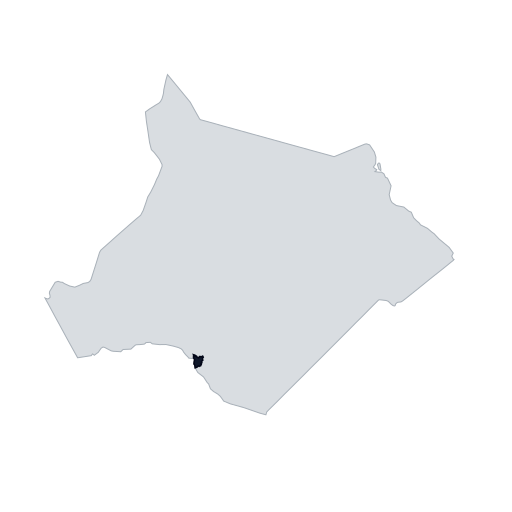 Endebess, Rift Valley, Kenya shown in context, rotated 286°
{"feature_id": "3690345B22392033475621", "entity_name": "Endebess", "entity_type": "district", "adm_level": 2, "iso_a3": "KEN", "parent_name": "Kenya", "parent_adm1": "Rift Valley", "projection": "albers", "projection_center": [34.736, 1.146], "detail": "fine", "context": "in_parent", "style": "filled", "palette": "ink", "viewbox_px": 512, "rotation_deg": 286, "n_neighbors": 0, "source": "geoboundaries", "source_scale": "gbopen_adm2", "svg_char_len": 4869}
<svg xmlns="http://www.w3.org/2000/svg" viewBox="0 0 512 512"><g transform="rotate(286 256 256)"><path d="M106.1,309.3L106.0,302.9L106.9,286.6L106.8,272.2L107.6,265.0L111.2,260.5L112.8,257.2L114.0,252.6L115.8,248.8L120.0,245.7L120.8,244.1L125.3,238.9L127.9,232.3L129.9,230.1L132.5,228.0L134.2,227.0L137.2,225.9L139.4,225.2L139.9,224.7L140.1,223.7L139.3,219.6L140.3,218.2L141.8,215.5L143.6,213.0L145.2,211.4L146.1,209.7L146.6,206.8L146.6,204.8L146.6,201.5L146.1,193.9L144.2,187.6L143.0,180.5L143.9,178.2L142.4,174.0L141.7,173.8L140.5,172.9L138.9,169.0L137.7,165.4L137.0,164.5L132.0,161.4L129.5,154.0L126.7,152.4L125.1,145.1L124.9,143.0L126.4,135.7L126.3,134.0L124.6,132.5L119.9,130.9L116.0,127.9L116.5,126.9L116.8,125.8L114.8,125.1L109.0,112.6L116.5,105.1L124.1,97.5L133.9,87.9L142.8,79.1L150.6,71.5L157.5,64.7L157.3,66.0L157.3,67.7L158.2,68.7L159.6,69.5L161.6,68.7L163.3,67.6L165.0,67.4L175.4,70.2L177.1,72.7L177.0,75.4L177.4,77.3L176.7,79.2L175.8,85.1L176.1,90.4L179.2,94.4L182.0,97.5L184.2,101.9L185.8,103.2L188.0,103.9L195.2,104.1L205.7,104.4L215.9,104.6L216.8,104.7L219.0,105.3L228.3,111.2L236.9,116.6L244.2,121.3L251.2,125.8L258.1,130.3L263.4,133.9L268.6,135.0L277.1,135.5L283.0,135.7L288.5,137.2L296.5,138.7L302.6,139.4L306.2,140.2L316.3,141.0L318.0,140.5L322.5,136.4L327.4,129.7L329.4,126.1L335.8,122.4L347.1,117.3L355.1,113.6L364.0,110.0L368.0,113.1L373.6,118.1L376.1,120.5L378.1,121.6L381.1,122.3L384.8,122.3L386.8,122.2L390.9,121.5L400.5,120.9L406.0,120.9L401.5,127.5L396.0,135.5L385.8,150.3L378.1,158.0L372.3,163.9L371.7,164.9L371.8,171.4L371.9,187.3L372.2,219.0L372.5,250.8L372.8,282.5L373.0,298.4L373.0,303.7L378.2,310.3L383.3,316.8L390.1,325.4L393.7,330.0L394.3,331.5L394.1,334.6L388.6,341.1L384.1,344.0L378.1,345.5L376.3,345.2L373.9,344.3L373.0,345.8L372.3,348.3L370.9,347.8L369.9,347.1L370.5,351.3L371.2,353.4L370.3,356.3L367.3,358.8L367.1,360.9L360.7,366.5L351.7,367.1L346.9,369.9L344.8,372.1L343.2,377.0L343.8,384.6L341.3,390.3L340.9,393.2L336.2,397.0L334.2,400.5L332.6,404.0L331.3,405.5L329.8,413.3L327.6,418.1L327.0,419.7L326.5,421.1L324.8,423.9L323.7,425.8L322.9,427.1L317.5,439.3L313.2,444.8L309.8,444.2L307.5,446.3L307.3,447.3L306.1,446.8L303.3,444.8L297.4,440.7L291.6,436.6L285.8,432.4L280.0,428.3L274.1,424.2L268.3,420.1L262.5,416.0L256.7,411.9L253.3,409.4L251.8,408.0L250.6,405.1L250.0,404.4L248.5,403.5L246.6,403.4L246.1,402.8L246.1,401.4L246.8,399.4L248.9,395.6L249.1,393.4L248.7,390.9L248.0,386.8L247.4,385.9L243.6,383.8L235.5,379.3L227.4,374.9L219.4,370.4L211.3,366.0L203.2,361.5L195.2,357.1L187.1,352.6L179.1,348.2L171.0,343.7L163.0,339.2L154.9,334.8L146.9,330.3L138.8,325.8L130.8,321.3L122.7,316.9L114.7,312.4L111.7,310.7L109.0,309.3L106.1,309.3ZM373.9,352.1L372.5,352.4L373.2,350.3L377.3,347.5L379.0,348.1L379.3,348.7L379.2,349.3L378.5,349.9L373.9,352.1Z" fill="#d9dde1" stroke="#a8b0b8" stroke-width="1"/><path d="M143.9,224.4L143.9,223.7L143.9,223.2L143.8,223.3L143.5,223.3L141.1,223.9L140.7,224.1L140.6,224.3L140.6,224.5L140.4,224.6L140.3,224.8L140.2,225.0L140.1,225.3L139.9,225.3L139.8,225.5L139.7,225.5L139.4,225.5L139.2,225.5L138.9,225.6L138.7,225.7L138.4,225.6L138.2,225.6L137.9,225.6L137.7,225.6L137.4,225.7L137.2,225.7L136.9,225.7L136.8,225.8L136.7,225.8L136.4,225.8L136.2,225.8L135.9,225.9L135.7,226.0L135.4,226.0L135.2,226.0L134.9,226.2L134.9,226.3L134.8,226.5L134.7,226.7L134.7,226.8L134.5,227.0L134.4,227.0L134.2,227.1L133.9,227.3L133.7,227.5L133.4,227.6L133.1,227.7L133.0,227.8L132.9,227.8L132.8,228.0L132.7,228.0L132.4,228.0L132.2,228.1L131.9,228.2L131.7,228.2L131.6,228.3L131.9,228.6L132.2,229.0L132.4,229.3L132.5,229.4L132.6,229.5L132.8,229.7L132.8,229.8L133.0,229.9L133.0,230.0L133.3,230.2L133.4,230.3L133.5,230.3L133.7,230.5L133.8,230.5L134.0,230.5L134.3,230.7L134.4,230.8L134.5,230.8L134.6,231.1L134.5,231.3L134.4,231.5L134.3,231.8L134.5,231.9L134.7,232.2L134.8,232.4L135.0,232.7L135.1,232.8L135.2,233.0L135.3,233.0L135.5,233.1L135.8,233.0L136.0,233.1L136.3,233.2L136.5,233.1L136.7,233.3L136.8,233.3L137.0,233.3L137.2,233.1L137.2,232.8L137.2,232.6L137.3,232.6L137.5,232.7L137.5,232.8L137.7,233.0L137.8,233.0L138.0,233.1L138.2,233.3L138.3,233.3L138.5,233.2L138.7,233.3L138.8,233.3L139.0,233.3L139.3,233.1L139.4,232.8L139.4,232.7L140.3,232.9L140.4,233.0L140.5,233.1L141.1,233.6L141.4,233.4L141.7,233.3L142.5,233.0L143.3,232.8L143.9,232.6L143.9,232.8L144.0,233.0L144.4,232.7L144.5,232.9L144.7,232.7L145.1,232.3L145.0,232.1L144.9,232.0L144.6,231.9L144.4,231.8L144.1,231.7L144.1,231.4L144.1,231.1L144.0,230.9L144.0,230.7L144.0,230.4L143.9,230.2L144.0,230.1L144.0,229.9L143.9,229.7L143.8,229.8L143.7,229.8L143.7,229.6L143.0,229.6L143.0,229.4L142.8,228.9L142.1,228.8L142.2,228.3L142.4,227.7L142.6,226.7L143.2,226.7L143.4,226.2L143.5,225.7L143.4,225.7L143.1,225.7L142.9,225.6L142.9,225.4L142.9,225.2L142.8,224.9L142.7,224.8L142.8,224.7L143.4,224.5L143.9,224.4Z" fill="#0f172a" stroke="#020617" stroke-width="1.5"/></g></svg>